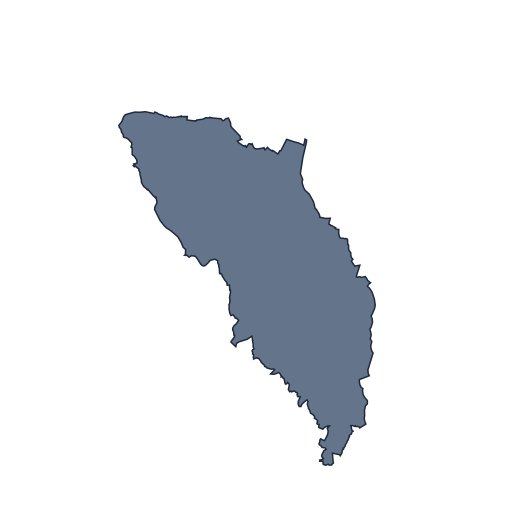 Martinis, Harghita, Romania, rotated 128°
{"feature_id": "2599482B98292764563542", "entity_name": "Martinis", "entity_type": "district", "adm_level": 2, "iso_a3": "ROU", "parent_name": "Romania", "parent_adm1": "Harghita", "projection": "orthographic", "projection_center": [25.42, 46.235], "detail": "fine", "context": "isolated", "style": "filled", "palette": "slate", "viewbox_px": 512, "rotation_deg": 128, "n_neighbors": 0, "source": "geoboundaries", "source_scale": "gbopen_adm2", "svg_char_len": 6069}
<svg xmlns="http://www.w3.org/2000/svg" viewBox="0 0 512 512"><g transform="rotate(128 256 256)"><path d="M238.3,443.2L238.9,442.8L238.9,441.9L239.3,440.7L240.2,439.2L241.3,438.2L241.6,436.6L242.3,435.3L243.5,434.1L243.8,432.9L242.9,431.3L242.6,428.4L243.2,425.3L243.2,423.8L244.9,422.3L247.2,421.6L246.9,420.3L252.3,416.0L252.3,413.4L252.5,412.3L253.2,411.0L253.4,409.4L255.8,407.1L256.7,407.3L258.6,408.9L258.8,408.0L260.3,408.4L260.6,406.9L259.6,406.8L259.5,401.9L260.5,401.2L262.0,398.5L262.7,398.1L266.3,393.7L268.7,391.3L269.9,388.6L270.2,387.2L270.4,387.1L270.4,384.1L270.8,382.4L270.1,382.3L271.7,374.5L272.0,371.6L272.1,370.9L271.4,371.1L271.6,370.6L274.8,366.9L279.8,365.8L281.8,364.5L287.1,353.4L288.7,346.7L289.0,344.0L288.5,338.8L289.0,329.3L291.4,323.3L294.0,318.7L294.2,315.4L298.6,312.4L299.3,312.7L299.0,311.9L298.0,311.5L298.1,308.0L295.4,307.0L293.5,303.5L294.3,300.5L296.5,294.5L296.6,292.4L296.1,291.1L294.7,290.1L290.0,289.4L288.5,289.6L286.8,288.8L283.9,286.5L283.3,283.5L285.5,281.2L285.7,280.0L286.8,279.3L288.7,277.0L292.2,273.9L291.6,273.6L291.9,272.8L291.5,272.3L291.5,271.8L292.3,270.4L292.6,270.4L293.2,268.3L294.2,266.1L294.8,262.9L295.5,262.0L296.8,260.8L295.3,259.0L299.1,255.7L298.7,255.2L300.3,253.7L304.9,251.4L306.8,249.4L309.4,247.7L311.2,247.2L312.8,245.7L313.9,245.0L317.0,241.7L318.4,239.1L316.5,237.9L317.2,234.9L317.7,234.0L317.0,233.6L317.4,230.1L322.2,229.8L324.1,230.4L327.0,230.0L328.5,229.0L329.7,226.8L332.0,224.6L331.7,224.0L332.8,223.2L338.8,223.0L339.3,222.6L339.9,216.1L337.0,217.5L334.2,216.6L326.9,211.6L321.8,210.0L323.5,207.7L324.6,207.1L324.8,206.2L325.4,206.0L327.5,203.7L329.3,202.4L330.4,200.5L331.0,200.4L332.0,200.9L333.2,200.7L334.3,199.0L335.3,198.3L335.2,197.5L335.6,196.8L337.6,195.7L338.2,194.8L338.1,194.4L338.4,194.3L336.2,193.1L335.7,192.4L335.8,192.0L335.2,191.1L335.2,190.3L335.9,187.5L336.7,186.3L336.6,185.1L336.9,184.1L336.7,183.4L336.8,182.9L337.3,181.4L337.7,181.2L337.2,180.1L337.5,178.8L337.2,177.7L335.8,174.3L334.5,173.0L334.1,172.0L334.1,171.3L340.0,171.9L338.7,169.8L337.5,168.5L334.1,166.6L333.8,164.6L334.8,163.0L334.7,162.5L335.9,161.7L334.9,160.9L335.6,159.7L335.3,158.8L335.9,157.7L338.0,155.3L338.8,153.9L337.9,153.1L336.1,153.3L336.7,150.6L341.3,148.3L342.2,145.9L341.2,145.5L341.0,145.1L341.3,144.9L341.3,144.5L341.0,144.2L339.0,142.9L338.6,142.4L338.9,140.4L338.5,139.7L338.5,139.1L339.2,138.3L340.0,138.3L341.1,136.5L339.8,134.9L339.7,134.4L344.5,133.2L346.9,131.5L348.0,129.3L346.9,127.9L344.7,128.6L341.7,128.2L337.9,127.2L338.8,125.3L340.6,124.7L341.4,124.1L342.0,123.3L342.8,121.7L343.4,121.4L343.8,120.8L344.5,118.9L346.3,116.1L345.9,114.1L346.3,111.1L348.0,110.0L347.5,107.7L348.0,105.8L349.1,105.6L349.3,105.1L350.1,105.1L350.6,104.7L350.7,104.0L349.9,102.6L352.0,101.5L352.5,100.9L351.4,96.7L349.8,96.7L347.1,95.7L345.0,94.2L344.6,93.4L347.8,93.9L349.6,91.3L351.7,90.1L353.2,89.5L359.2,88.3L360.0,90.5L360.2,92.4L361.8,92.4L362.7,91.6L365.3,90.7L365.7,90.2L365.6,87.8L366.3,86.2L364.7,83.4L365.1,81.7L367.8,82.7L372.3,81.6L373.2,81.1L373.7,80.5L374.1,78.1L376.1,78.9L377.7,80.2L378.5,79.4L376.5,76.8L378.6,75.2L378.6,73.6L378.2,72.8L377.7,72.7L377.7,72.1L375.7,71.0L375.9,70.4L375.7,69.7L374.2,67.7L373.6,68.0L371.5,67.5L370.4,68.8L364.3,74.4L361.3,68.2L361.2,67.1L361.6,66.8L361.6,66.6L358.5,67.0L356.6,68.0L355.3,68.4L354.9,68.3L354.8,68.6L353.9,68.3L353.6,69.0L353.1,68.6L351.0,68.7L349.5,69.4L347.6,69.5L345.1,70.3L344.4,70.1L343.6,70.3L342.4,71.0L340.9,71.0L340.5,71.7L340.0,72.0L339.0,71.9L338.1,71.3L336.6,71.5L336.2,71.9L335.3,72.0L334.4,71.6L334.1,72.2L334.2,73.4L332.0,75.7L331.3,76.8L330.1,75.4L329.4,73.2L328.7,73.2L328.8,72.1L327.9,71.3L327.2,69.5L327.6,68.4L320.8,65.9L319.4,68.4L317.4,70.7L314.9,72.1L310.7,75.6L306.7,77.5L304.1,77.2L301.8,78.8L301.3,79.4L300.5,83.4L299.3,86.3L296.3,89.3L294.6,90.2L294.9,91.8L293.5,94.9L291.1,97.5L289.6,98.4L280.6,93.0L279.4,95.4L277.7,96.8L277.6,97.4L260.4,104.0L259.6,106.2L257.6,109.0L255.9,110.4L252.1,112.1L251.0,114.9L247.0,116.8L243.2,121.5L241.7,121.3L236.4,123.4L233.9,125.9L232.3,128.5L230.0,128.7L224.2,130.3L221.3,131.8L217.2,136.1L213.6,141.3L212.7,143.0L211.4,147.2L211.4,149.1L210.8,149.7L208.6,149.8L206.6,149.2L206.5,153.1L205.9,154.1L204.9,157.2L207.7,159.5L208.3,160.5L208.3,161.4L210.5,163.3L210.7,164.0L209.1,164.9L199.3,168.5L203.2,172.0L201.3,177.7L198.9,177.6L198.5,179.7L198.0,180.6L196.6,182.1L195.1,183.3L194.4,185.8L193.7,187.1L190.6,189.6L190.1,190.4L190.2,191.0L186.6,194.1L186.5,194.6L186.9,196.1L187.7,196.6L188.5,198.5L189.8,200.1L189.8,201.3L188.7,203.2L186.6,205.3L184.1,207.1L185.5,209.3L185.3,211.0L184.8,210.8L185.5,215.3L185.9,215.8L185.7,216.8L186.0,218.4L180.5,220.7L182.8,223.5L183.4,223.9L186.2,229.7L185.5,230.1L184.0,232.2L182.1,237.1L182.1,238.7L178.6,243.1L177.5,244.9L174.5,252.0L174.0,257.9L172.8,260.6L170.1,264.5L168.6,265.7L167.1,266.2L163.7,271.8L149.6,279.7L135.5,286.2L133.4,287.6L133.7,289.3L139.3,286.6L140.7,291.9L142.7,296.6L145.2,303.7L157.3,301.3L157.8,301.2L158.5,302.1L162.2,301.5L162.4,306.7L162.7,307.9L163.3,307.7L163.6,310.6L163.6,312.5L163.3,313.8L166.8,314.2L166.8,314.7L165.7,316.4L166.7,317.0L170.9,320.9L172.1,323.1L171.7,325.2L169.9,328.1L170.8,328.3L170.7,328.6L171.2,328.8L171.1,329.6L171.5,330.4L172.4,330.8L176.1,330.4L175.5,332.1L176.5,332.3L176.4,333.3L177.0,333.6L177.4,339.7L177.4,340.3L176.7,340.9L176.7,341.4L174.9,340.1L173.4,339.6L173.0,339.1L172.8,340.7L173.0,340.9L171.4,342.2L169.7,354.0L169.0,356.0L166.6,358.2L164.3,362.7L166.5,364.4L169.0,364.7L169.9,365.5L169.3,367.9L174.3,375.7L175.3,377.9L175.8,377.7L178.0,380.7L180.9,382.1L185.3,386.4L186.1,386.1L186.9,387.4L187.2,387.2L191.3,394.1L188.4,396.0L189.8,397.4L189.5,397.5L192.4,400.9L191.8,401.1L196.0,404.5L196.9,405.5L197.3,406.4L198.7,407.5L198.6,408.0L199.0,408.6L200.4,409.8L200.5,412.1L201.0,412.9L201.9,413.2L202.3,414.0L202.5,416.0L204.3,420.7L204.1,421.6L204.4,423.1L204.9,424.4L206.5,424.1L210.5,432.1L214.2,436.0L217.3,440.2L222.8,444.4L225.5,446.1L228.0,446.0L232.5,444.5L237.5,444.5L238.3,443.2Z" fill="#64748b" stroke="#1e293b" stroke-width="1.5"/></g></svg>